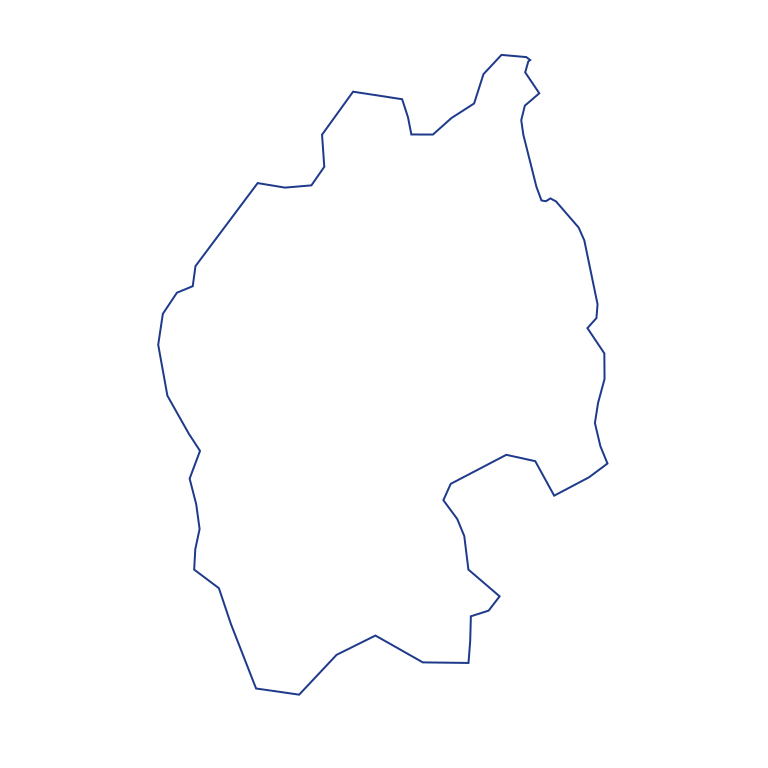 the border of Leova, rotated 166°
{"feature_id": "MDA-1641", "entity_name": "Leova", "entity_type": "District", "adm_level": 1, "iso_a3": "MDA", "parent_name": "Moldova", "parent_adm1": "", "projection": "orthographic", "projection_center": [28.371, 46.556], "detail": "fine", "context": "isolated", "style": "outline", "palette": "blue", "viewbox_px": 768, "rotation_deg": 166, "n_neighbors": 0, "source": "natural_earth", "source_scale": "10m", "svg_char_len": 1041}
<svg xmlns="http://www.w3.org/2000/svg" viewBox="0 0 768 768"><g transform="rotate(166 384 384)"><path d="M177.6,523.8L172.9,519.5L157.3,488.7L154.9,474.9L157.5,409.7L161.9,396.6L173.1,389.0L162.8,360.4L168.8,335.5L180.9,313.8L188.8,295.1L189.1,271.3L186.4,252.8L207.6,243.9L245.9,234.5L255.9,272.5L282.5,285.7L343.4,271.0L354.5,256.9L345.6,235.3L342.9,217.0L347.0,183.5L323.2,150.0L337.3,138.8L355.9,137.6L362.5,113.9L369.5,92.9L413.7,104.5L453.2,142.0L495.5,132.7L541.5,103.1L581.8,119.5L590.6,188.1L593.6,225.8L613.1,249.8L607.1,269.3L598.0,287.9L595.3,312.8L595.5,339.2L578.7,363.6L585.4,382.9L597.0,425.0L593.6,476.7L581.6,505.6L562.8,522.7L545.9,525.2L538.4,544.0L458.0,609.5L432.5,598.5L406.4,594.3L389.4,609.2L383.8,640.9L343.3,675.1L297.5,655.9L296.2,636.8L297.1,619.5L276.2,614.2L254.1,625.8L228.7,634.4L212.5,660.6L190.4,674.9L166.9,666.8L163.8,663.0L166.0,662.0L171.6,652.2L163.0,628.5L180.0,620.0L187.0,606.8L188.5,592.4L188.4,538.4L186.8,524.0L182.7,522.2L177.6,523.8Z" fill="none" stroke="#1e3a8a" stroke-width="2"/></g></svg>